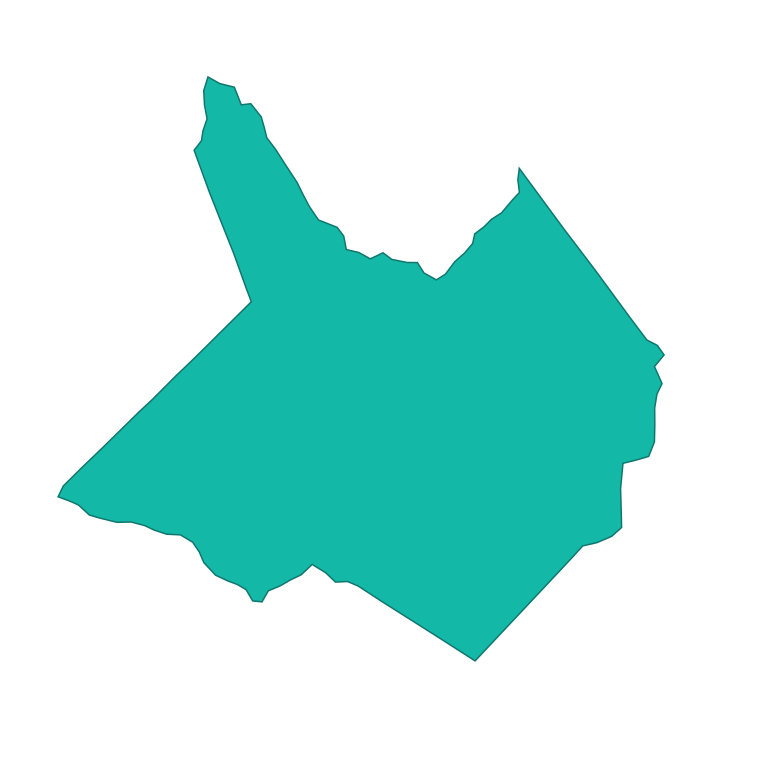 Moreno, Pernambuco, Brazil, rotated 198°
{"feature_id": "56859067B71614390474260", "entity_name": "Moreno", "entity_type": "district", "adm_level": 2, "iso_a3": "BRA", "parent_name": "Brazil", "parent_adm1": "Pernambuco", "projection": "mercator", "projection_center": [-35.132, -8.15], "detail": "fine", "context": "isolated", "style": "filled", "palette": "teal", "viewbox_px": 768, "rotation_deg": 198, "n_neighbors": 0, "source": "geoboundaries", "source_scale": "gbopen_adm2", "svg_char_len": 1539}
<svg xmlns="http://www.w3.org/2000/svg" viewBox="0 0 768 768"><g transform="rotate(198 384 384)"><path d="M646.3,621.6L646.1,607.4L641.0,594.0L634.2,581.5L634.4,569.1L632.8,559.0L636.8,547.6L609.6,512.8L590.7,489.9L567.5,462.0L544.4,432.2L535.6,421.2L567.1,360.1L573.1,348.5L578.3,338.8L584.3,327.7L599.3,298.1L608.2,282.1L631.2,237.9L645.7,210.8L657.5,187.9L659.1,176.0L648.3,175.6L637.4,174.6L623.6,168.3L611.8,168.7L595.3,169.9L581.9,174.6L567.9,175.4L557.2,174.0L544.2,174.0L531.0,177.6L517.1,174.4L507.9,167.3L500.1,158.4L485.1,150.1L471.2,148.4L461.4,148.0L451.6,145.8L441.9,137.1L432.7,139.1L430.1,151.5L419.9,160.4L412.5,168.7L403.8,177.0L396.6,190.2L381.2,186.5L369.0,180.6L357.5,184.9L346.3,183.9L319.4,176.6L256.1,160.4L211.8,148.8L159.8,259.2L150.6,278.9L145.0,291.4L132.2,299.1L120.3,309.6L113.7,321.0L117.3,331.3L126.6,357.4L132.2,382.4L121.3,389.2L109.9,396.9L108.9,412.5L113.7,428.5L119.1,444.7L121.3,458.7L119.7,470.3L132.2,484.2L126.6,498.2L135.8,505.1L147.6,507.1L170.7,523.3L199.5,544.0L219.0,558.0L260.9,587.1L322.0,630.9L319.8,619.6L314.4,608.0L318.8,598.5L325.1,583.1L332.7,573.8L337.5,564.3L344.1,554.9L343.1,545.0L347.7,533.7L354.5,522.1L359.5,507.5L366.4,499.2L380.2,501.9L389.8,509.8L399.6,506.7L415.1,504.9L425.5,508.5L435.7,498.8L448.6,501.3L461.4,500.2L468.0,512.2L477.0,518.5L496.9,519.7L509.7,529.6L519.7,539.3L528.8,548.7L544.4,561.2L559.8,573.8L571.5,581.9L577.7,591.8L583.3,600.1L597.3,609.4L606.0,605.4L618.0,620.0L633.2,619.0L646.3,621.6Z" fill="#14b8a6" stroke="#0f766e" stroke-width="1.5"/></g></svg>